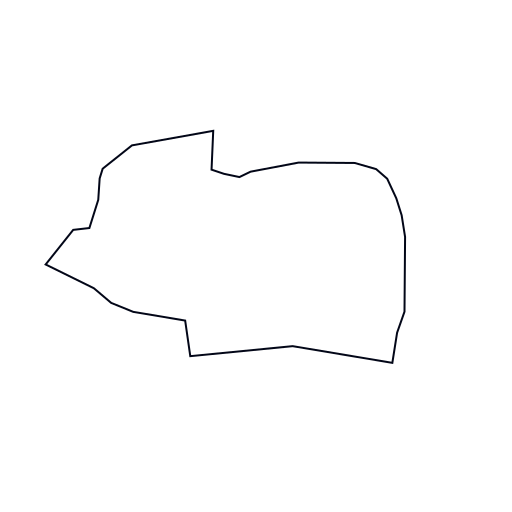 SVG path tracing the border of Bloke, rotated 131°
{"feature_id": "SVN-254", "entity_name": "Bloke", "entity_type": "Municipality", "adm_level": 1, "iso_a3": "SVN", "parent_name": "Slovenia", "parent_adm1": "", "projection": "mercator", "projection_center": [14.507, 45.785], "detail": "fine", "context": "isolated", "style": "outline", "palette": "ink", "viewbox_px": 512, "rotation_deg": 131, "n_neighbors": 0, "source": "natural_earth", "source_scale": "10m", "svg_char_len": 511}
<svg xmlns="http://www.w3.org/2000/svg" viewBox="0 0 512 512"><g transform="rotate(131 256 256)"><path d="M247.2,83.0L300.0,169.2L374.7,239.9L351.2,267.1L378.7,312.0L386.4,334.5L386.7,357.2L400.4,409.2L356.2,411.1L344.2,400.1L317.1,411.9L300.0,424.9L290.7,429.0L253.9,422.2L189.6,370.4L220.0,346.2L215.0,334.1L207.3,320.3L195.9,315.4L157.5,285.1L121.0,242.5L111.6,222.3L111.6,207.7L120.4,188.0L129.7,172.8L143.8,156.0L200.6,107.4L221.3,99.2L247.2,83.0Z" fill="none" stroke="#020617" stroke-width="2"/></g></svg>